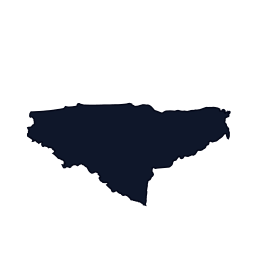 outline of Iguape, São Paulo, Brazil, rotated 212°
{"feature_id": "56859067B39620735608420", "entity_name": "Iguape", "entity_type": "district", "adm_level": 2, "iso_a3": "BRA", "parent_name": "Brazil", "parent_adm1": "São Paulo", "projection": "orthographic", "projection_center": [-47.495, -24.592], "detail": "fine", "context": "isolated", "style": "filled", "palette": "ink", "viewbox_px": 256, "rotation_deg": 212, "n_neighbors": 0, "source": "geoboundaries", "source_scale": "gbopen_adm2", "svg_char_len": 5682}
<svg xmlns="http://www.w3.org/2000/svg" viewBox="0 0 256 256"><g transform="rotate(212 128 128)"><path d="M60.3,192.5L62.4,192.3L63.7,191.8L65.0,191.3L66.4,190.6L67.5,189.8L68.3,189.2L69.1,188.8L69.9,188.3L70.5,187.8L71.4,187.3L72.2,186.9L72.8,186.3L73.5,185.4L74.7,183.9L75.3,183.1L75.9,182.4L76.7,181.4L77.6,180.7L78.5,179.9L79.1,179.4L80.1,178.9L80.9,178.1L81.9,177.2L82.7,176.8L83.7,176.0L85.0,174.6L85.9,173.7L86.4,173.2L87.1,172.9L87.9,172.5L88.8,172.2L89.5,171.6L90.7,170.8L91.5,170.4L92.2,170.1L94.2,169.5L94.9,169.2L95.8,168.4L96.5,167.6L96.9,167.0L98.6,166.1L99.6,165.6L100.5,165.1L101.3,164.6L102.1,164.1L103.4,163.2L104.3,162.6L105.1,161.8L106.0,160.2L106.3,159.4L106.9,158.5L109.0,157.9L109.8,157.8L111.1,157.6L112.4,157.3L113.6,157.0L115.0,156.7L115.7,157.0L118.0,157.7L120.1,158.2L121.9,158.2L123.1,157.9L124.5,157.0L126.3,156.2L127.8,155.3L128.6,154.3L129.4,153.5L130.5,152.2L131.4,151.3L132.6,150.4L133.4,149.8L134.2,149.6L135.0,149.8L136.8,149.4L137.5,150.1L138.7,149.8L139.7,149.5L140.6,148.7L141.7,147.5L143.3,146.2L144.5,145.3L146.1,144.1L146.9,143.5L148.9,142.1L150.1,141.4L151.3,140.6L153.3,139.3L155.3,137.9L158.2,136.1L160.4,134.7L162.7,133.1L165.0,131.6L167.0,130.3L169.7,128.6L171.3,127.6L173.4,126.3L174.1,125.9L176.3,124.6L177.3,124.0L178.8,123.4L179.6,123.3L180.4,122.7L181.2,122.8L182.2,122.7L183.1,122.1L183.3,121.1L182.8,120.1L183.2,119.0L184.1,118.1L185.0,117.4L185.7,116.8L186.4,116.2L187.1,115.7L187.8,115.2L188.9,114.4L189.9,113.8L191.2,113.3L192.3,112.9L192.3,111.9L192.6,110.5L193.4,109.6L194.2,108.9L194.9,108.2L195.7,107.5L197.3,106.2L198.2,105.4L199.4,104.4L200.5,103.4L201.4,102.7L202.6,101.7L203.5,101.0L205.0,99.9L205.8,99.3L207.6,97.9L208.2,97.4L210.4,95.8L211.1,95.3L214.0,93.3L215.7,92.1L217.6,90.8L218.6,90.2L218.6,89.1L218.6,88.2L218.0,86.9L217.5,86.0L216.6,85.6L216.1,86.2L215.1,86.7L214.1,86.5L213.4,86.2L212.6,85.9L211.8,85.2L211.4,84.4L210.6,84.0L210.1,82.9L209.5,82.1L209.4,81.0L210.1,80.1L210.3,79.0L210.2,78.0L211.0,76.9L211.9,76.2L212.6,75.7L213.1,75.1L212.2,74.4L211.0,74.1L210.4,73.5L210.7,72.8L210.2,72.1L209.6,71.5L209.9,70.0L209.3,68.8L208.5,68.0L207.5,68.1L206.2,68.0L205.4,68.4L204.8,67.9L203.7,68.0L202.2,67.7L201.9,66.3L201.2,66.9L200.6,67.9L200.1,68.5L198.7,68.3L197.7,68.0L196.4,68.1L195.6,67.9L195.4,68.9L194.7,69.7L193.8,70.5L192.8,70.2L192.6,68.8L191.9,68.0L190.8,67.4L190.1,67.6L189.7,68.4L188.9,69.0L187.9,69.2L187.1,69.6L185.9,69.6L185.0,69.3L184.4,70.1L183.1,70.7L182.0,70.8L180.8,70.9L180.5,70.2L179.6,70.1L178.8,70.2L177.7,69.9L177.6,68.7L177.5,67.9L178.0,66.8L177.2,66.8L175.6,66.6L174.2,66.3L172.9,66.1L171.9,65.7L170.7,65.6L169.0,66.3L167.9,66.0L166.9,66.4L166.0,66.4L165.0,66.3L164.0,65.7L163.2,65.5L162.4,64.7L163.3,64.3L162.8,63.6L162.3,62.7L164.1,61.9L162.5,60.8L161.5,60.4L160.4,61.1L160.1,62.2L159.3,63.1L157.7,63.6L156.5,63.8L156.0,64.7L156.1,65.8L155.6,66.5L155.5,67.5L154.5,68.2L153.9,68.9L153.0,69.3L151.7,69.4L150.9,69.5L150.4,70.5L150.3,71.3L149.5,72.2L148.8,73.1L147.8,73.3L147.1,73.1L145.8,73.5L144.9,73.3L143.8,73.1L141.8,73.2L141.0,72.7L140.1,72.2L139.2,71.6L138.5,71.3L137.6,70.9L136.5,70.7L135.1,70.6L134.2,71.2L133.7,71.9L133.0,73.0L132.1,73.9L130.9,74.1L129.8,74.2L128.8,73.9L128.5,73.0L127.6,73.0L126.5,72.6L125.8,72.3L125.3,71.6L125.9,70.9L125.7,70.2L124.7,69.7L123.5,68.9L122.4,68.9L121.5,69.0L120.8,68.7L119.7,69.1L118.8,69.6L117.8,70.3L116.6,70.9L115.3,70.6L115.4,69.5L115.8,68.5L114.6,68.2L113.4,68.0L112.2,67.7L111.4,67.6L110.4,67.6L109.6,67.2L108.5,66.4L107.7,65.9L106.8,66.1L106.2,66.6L105.5,67.8L104.7,68.7L103.8,68.9L103.1,68.7L102.2,68.4L101.2,68.4L100.1,68.5L99.1,69.0L98.3,68.5L96.8,68.3L95.8,68.8L95.6,69.7L94.7,70.0L93.7,70.1L92.9,70.4L91.7,70.2L90.5,70.0L88.8,69.6L88.0,69.2L87.3,68.9L86.1,69.7L85.1,69.7L84.2,70.1L83.2,70.4L82.2,70.6L81.5,71.3L80.5,71.2L79.7,71.3L78.8,71.9L77.7,71.9L76.7,71.7L75.9,72.0L75.1,71.9L74.3,71.2L73.5,71.6L72.3,71.9L73.1,72.6L73.5,73.7L73.6,74.5L74.1,75.7L74.5,76.4L75.2,77.2L75.7,78.4L76.4,79.5L76.9,80.6L77.4,81.8L77.9,82.8L78.5,83.9L79.4,84.6L79.7,85.6L80.3,86.9L80.7,87.9L81.1,89.0L81.9,90.2L82.4,91.4L82.8,92.6L83.2,93.4L83.0,94.4L82.5,95.3L82.1,96.0L82.1,96.9L82.2,98.0L82.4,99.0L81.9,100.1L81.8,101.0L82.0,102.0L82.7,102.6L83.5,103.1L84.7,103.6L85.2,104.4L85.9,105.9L86.2,107.0L85.7,108.1L84.5,108.4L83.6,108.3L83.0,108.8L82.3,109.5L72.7,116.7L72.2,117.4L71.5,119.6L71.5,120.9L71.9,122.1L72.2,122.8L72.2,123.8L72.0,124.8L71.3,125.4L70.5,126.2L70.4,127.9L70.3,129.1L70.0,130.9L68.8,131.3L67.5,130.4L66.6,130.5L65.7,131.5L65.6,132.7L65.7,133.7L65.2,134.5L64.3,135.0L63.1,135.4L62.1,135.9L61.4,137.0L60.8,137.7L60.0,139.0L59.1,139.5L58.2,139.8L57.8,140.6L57.4,141.3L57.3,142.8L57.3,144.2L57.3,145.4L57.0,146.1L56.3,146.8L55.0,147.4L53.9,148.5L53.5,149.3L53.1,150.5L52.4,151.6L52.2,152.7L52.3,153.5L52.7,154.4L52.1,155.5L51.4,156.4L51.3,157.2L51.6,157.9L52.3,158.8L51.6,159.9L51.1,161.0L49.9,160.9L48.9,161.2L48.3,162.1L47.3,163.0L46.7,163.6L46.2,164.2L45.8,165.3L45.4,166.6L45.1,167.5L44.7,168.1L44.4,169.1L44.0,169.9L43.7,171.1L43.6,172.2L43.5,173.2L43.3,174.3L42.5,174.9L41.3,175.2L40.7,174.8L40.3,173.9L39.6,173.3L38.8,172.9L38.4,172.3L37.4,172.2L37.6,173.4L38.0,174.8L38.5,175.5L39.1,176.5L39.8,177.7L40.5,178.2L41.3,178.9L42.0,179.5L42.1,180.3L43.0,181.0L43.9,180.7L44.7,181.5L45.7,181.8L46.4,182.7L47.0,183.2L48.1,183.4L49.2,184.0L49.6,185.0L49.8,185.8L50.6,187.0L50.9,187.8L50.5,189.1L49.8,189.9L49.5,190.8L48.9,191.1L49.2,192.0L50.1,193.0L49.7,194.6L50.0,195.6L50.8,195.6L51.0,194.7L51.9,194.9L51.7,193.9L52.4,194.0L53.1,193.2L53.8,193.1L53.4,192.3L54.2,192.1L55.1,192.9L55.1,194.0L56.2,194.3L56.9,194.1L57.5,193.3L57.1,192.1L58.4,191.5L59.4,191.2L60.3,192.5Z" fill="#0f172a" stroke="#020617" stroke-width="1.5"/></g></svg>